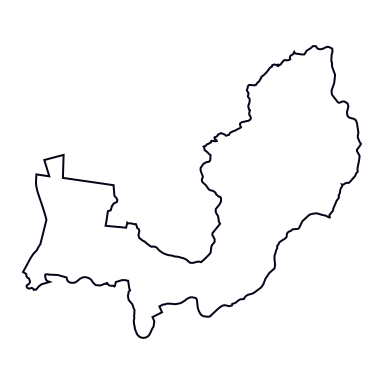 outline of Paulis, Arad, Romania
{"feature_id": "2599482B5177022501599", "entity_name": "Paulis", "entity_type": "district", "adm_level": 2, "iso_a3": "ROU", "parent_name": "Romania", "parent_adm1": "Arad", "projection": "albers", "projection_center": [21.624, 46.159], "detail": "fine", "context": "isolated", "style": "outline", "palette": "ink", "viewbox_px": 384, "rotation_deg": 0, "n_neighbors": 0, "source": "geoboundaries", "source_scale": "gbopen_adm2", "svg_char_len": 5930}
<svg xmlns="http://www.w3.org/2000/svg" viewBox="0 0 384 384"><path d="M210.3,316.3L210.8,315.6L216.1,310.6L219.7,307.4L222.8,305.5L225.1,305.2L229.1,306.2L231.9,305.5L232.3,304.1L232.3,303.9L233.8,303.5L236.1,302.4L237.2,301.4L239.3,299.8L240.1,299.5L241.3,299.2L243.8,299.1L243.9,298.6L244.0,298.6L244.9,297.2L246.6,295.5L248.6,294.6L251.1,294.0L253.4,293.2L261.1,287.5L263.3,284.4L265.4,278.8L269.4,272.9L274.6,268.3L275.1,264.2L274.5,259.9L274.5,255.7L275.6,252.4L276.1,250.4L277.2,248.3L277.2,245.9L278.4,244.5L279.4,242.3L282.0,240.5L284.9,238.7L286.4,237.3L286.7,236.5L286.9,233.6L288.5,231.8L290.7,231.0L292.6,229.3L298.0,228.9L299.1,228.0L302.4,221.2L308.1,215.9L310.0,214.5L313.0,213.7L316.9,213.3L321.8,214.8L325.8,215.7L328.7,217.3L329.7,217.4L329.4,215.1L332.9,210.7L333.3,208.7L336.6,200.8L338.8,197.9L338.9,196.5L338.6,195.7L339.6,193.6L340.0,192.3L340.1,190.8L340.7,188.6L341.7,187.0L342.5,185.1L342.1,184.5L343.3,184.7L345.3,183.3L347.0,182.8L348.8,182.9L350.2,181.6L355.1,176.0L356.2,173.3L357.7,171.7L357.5,169.9L357.6,167.7L359.1,160.3L359.6,156.3L359.1,154.8L357.0,151.2L356.9,149.9L360.2,145.3L361.0,143.9L359.7,142.1L357.8,137.6L357.9,135.0L358.4,133.1L358.2,131.4L357.0,123.4L356.0,120.4L353.9,118.8L351.1,118.2L348.7,117.3L347.4,115.6L346.9,112.3L348.4,106.5L347.5,103.3L343.9,101.3L341.9,101.7L339.4,102.8L338.0,102.4L332.2,95.0L331.7,93.4L331.6,90.3L334.1,83.4L334.5,80.5L335.1,74.9L332.1,66.7L331.9,62.1L331.3,61.2L331.6,55.1L332.5,51.6L332.2,48.6L328.9,47.0L327.4,46.8L325.4,47.5L323.1,48.7L320.3,49.3L318.1,48.9L316.7,47.6L315.9,46.2L313.0,46.1L310.3,48.5L306.7,50.6L304.4,54.4L302.2,54.5L295.2,53.5L294.2,51.9L292.8,54.5L290.7,55.5L290.1,56.6L289.9,57.7L290.2,59.3L288.5,60.2L287.2,60.3L285.4,60.1L283.8,60.4L281.4,63.3L281.0,64.2L278.8,65.6L278.0,66.0L277.9,66.0L278.0,64.7L276.5,65.1L275.5,64.8L275.0,64.5L274.4,64.5L272.4,65.1L272.1,65.5L272.1,66.2L271.8,66.8L270.6,67.2L270.0,68.0L269.2,68.6L268.8,69.5L268.2,70.1L267.6,71.0L266.2,72.7L263.6,75.2L262.3,76.2L261.8,76.4L261.3,76.9L261.2,78.2L260.5,78.7L259.8,80.3L259.0,81.5L257.6,82.6L256.8,83.5L256.5,83.8L256.4,84.4L256.1,84.8L254.5,85.4L254.0,85.2L252.0,85.2L249.7,84.9L248.6,85.2L247.9,86.5L247.5,88.3L246.9,90.5L247.1,91.0L247.8,91.9L248.1,92.6L248.5,93.0L248.5,93.6L247.9,96.3L248.1,97.0L249.1,98.1L249.6,99.0L249.7,99.8L249.5,102.4L248.9,104.3L248.3,105.6L248.3,106.5L249.0,109.6L249.7,109.8L249.9,110.7L249.5,111.6L249.2,113.3L249.4,115.1L250.3,116.1L250.9,118.2L250.4,119.5L248.6,120.7L241.8,122.2L240.2,123.3L239.9,124.7L240.5,126.1L241.0,127.3L239.4,128.4L238.0,128.9L235.5,130.4L232.8,131.4L230.1,132.8L228.9,134.9L225.9,135.7L224.8,134.6L221.1,133.1L219.2,134.0L217.9,134.7L217.8,135.5L215.6,137.1L214.7,137.2L214.4,138.0L214.8,139.0L216.0,139.8L216.7,140.7L216.8,141.1L215.1,141.3L211.6,140.8L211.3,141.0L211.0,141.6L211.1,141.8L210.9,142.5L209.4,143.1L208.9,143.6L208.3,143.9L207.2,144.2L206.5,144.8L205.7,145.8L203.6,146.6L204.1,147.3L204.7,150.1L207.4,152.2L208.9,153.9L210.6,155.2L210.4,157.1L210.3,160.1L209.1,161.7L206.1,162.3L203.4,163.9L200.7,167.8L200.5,169.8L201.3,172.6L202.7,176.0L202.8,177.5L201.9,179.0L201.9,180.9L202.6,182.2L203.9,183.5L205.7,185.0L208.7,189.3L210.4,190.3L212.8,190.8L213.7,191.3L215.5,192.6L215.9,194.0L218.5,196.5L219.9,196.7L220.8,197.6L221.0,198.7L221.0,201.5L219.6,204.3L215.8,209.0L215.6,211.3L216.4,213.5L218.1,216.2L218.9,221.8L220.1,223.8L212.5,233.1L212.4,235.1L214.6,239.1L214.6,242.0L212.1,244.9L211.3,246.9L210.6,252.8L208.9,254.8L203.9,259.8L200.9,262.2L199.6,261.7L197.4,261.7L193.0,262.9L190.4,262.8L189.4,262.3L187.0,260.1L185.0,258.9L183.1,258.1L180.8,257.6L179.8,257.2L177.0,256.6L175.4,256.6L173.4,256.1L173.1,255.8L168.4,255.1L165.6,254.2L163.4,253.3L160.1,251.1L158.6,249.8L157.3,248.3L156.7,247.6L156.1,247.2L153.4,246.5L153.0,246.5L151.8,246.8L150.4,246.2L145.9,242.8L145.1,241.8L142.4,240.5L141.0,239.2L139.4,238.2L138.8,236.4L138.5,235.3L138.7,233.9L139.3,231.3L139.1,230.1L138.9,229.4L137.1,227.8L136.6,225.8L135.8,224.0L134.7,224.2L133.7,224.1L132.2,223.6L130.2,223.3L128.0,223.4L127.3,222.7L126.1,227.7L105.6,225.8L106.6,220.1L107.9,211.2L110.7,210.3L110.9,209.7L112.1,205.6L112.7,205.3L113.5,203.6L115.1,202.9L117.0,201.8L117.3,199.8L116.3,197.9L114.7,196.1L114.4,195.7L113.6,185.8L113.6,185.2L62.9,177.9L63.6,154.9L57.1,156.6L44.3,160.0L49.3,176.3L36.4,174.4L36.1,178.8L36.0,183.7L36.3,186.1L37.3,190.9L39.3,197.1L42.5,206.4L45.6,216.5L46.3,219.2L46.4,220.0L40.4,244.0L38.3,247.3L36.7,250.4L33.4,253.8L30.7,257.9L23.0,272.1L25.2,273.3L26.2,274.0L26.5,276.4L27.2,277.4L28.9,278.4L29.9,281.1L29.9,282.3L29.2,283.6L28.3,284.4L26.8,285.3L26.6,286.6L27.4,287.9L28.4,288.4L29.5,288.6L31.8,287.9L32.6,288.3L33.8,289.6L33.9,289.9L35.0,289.4L36.1,289.7L38.8,286.4L41.5,284.3L49.7,281.9L47.2,281.0L45.9,279.5L45.1,276.2L45.3,274.6L45.6,274.3L48.1,274.3L48.5,274.6L57.7,275.0L66.6,277.5L67.0,279.5L67.6,280.8L68.5,281.8L70.2,282.6L71.8,282.8L73.8,282.8L75.7,282.2L78.0,280.5L79.9,278.8L82.1,277.7L83.6,277.2L85.6,277.2L87.1,277.5L88.6,278.1L90.0,278.8L91.4,280.0L92.4,281.6L93.1,282.6L93.3,282.9L95.7,285.1L100.4,285.5L104.4,283.9L105.9,283.9L106.4,283.1L107.2,283.0L107.7,284.2L109.3,285.4L111.0,285.8L113.3,285.8L114.3,286.5L114.8,286.1L115.9,282.0L122.1,280.1L125.5,280.1L127.2,280.7L128.1,280.8L129.4,289.0L130.1,290.3L128.6,292.0L128.3,294.3L127.9,295.7L128.6,299.8L132.4,304.4L133.8,308.7L134.5,310.0L134.3,314.1L134.1,316.0L134.3,318.2L133.8,320.8L134.0,323.8L134.8,327.0L134.6,327.7L135.5,330.5L136.7,333.4L137.7,335.1L139.8,337.0L142.3,337.8L143.8,337.9L145.6,337.6L148.2,336.2L149.6,334.4L152.4,328.4L153.5,326.8L154.3,321.3L152.5,317.1L162.0,312.3L159.4,306.4L163.4,304.4L164.4,304.5L167.6,303.6L171.6,303.8L174.8,304.2L177.6,303.8L180.7,303.1L184.9,300.6L186.6,299.1L189.9,297.4L192.1,297.3L194.5,297.7L196.0,298.2L196.9,299.8L197.8,307.9L198.9,311.2L200.2,313.6L201.4,315.1L203.8,316.3L208.1,316.8L210.3,316.3Z" fill="none" stroke="#020617" stroke-width="2"/></svg>